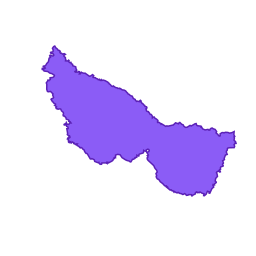 the district of Piratini, Rio Grande do Sul, Brazil, rotated 297°
{"feature_id": "56859067B24745919353096", "entity_name": "Piratini", "entity_type": "district", "adm_level": 2, "iso_a3": "BRA", "parent_name": "Brazil", "parent_adm1": "Rio Grande do Sul", "projection": "equal_earth", "projection_center": [-53.097, -31.406], "detail": "fine", "context": "isolated", "style": "filled", "palette": "violet", "viewbox_px": 256, "rotation_deg": 297, "n_neighbors": 0, "source": "geoboundaries", "source_scale": "gbopen_adm2", "svg_char_len": 5851}
<svg xmlns="http://www.w3.org/2000/svg" viewBox="0 0 256 256"><g transform="rotate(297 128 128)"><path d="M166.8,24.8L164.7,24.5L163.6,25.9L162.0,26.5L161.5,26.3L160.6,24.9L159.9,24.8L159.5,25.6L160.1,27.8L159.3,28.8L158.8,28.8L158.2,28.5L157.7,27.5L157.6,25.6L156.8,25.4L155.8,26.8L154.4,26.0L150.9,27.0L148.5,26.3L146.9,26.3L145.5,25.7L144.7,24.5L143.9,24.7L144.0,25.5L144.5,26.1L143.8,27.1L142.5,26.2L142.0,24.6L141.2,25.0L141.4,26.4L140.7,27.2L140.8,27.8L141.9,30.9L141.4,33.4L141.9,35.5L141.6,38.3L141.2,38.7L139.8,38.6L138.8,37.9L137.5,35.9L137.1,35.7L136.5,36.6L135.9,36.8L134.9,35.9L134.4,36.0L134.3,34.9L132.8,35.1L132.1,34.8L131.1,34.7L130.1,35.8L125.6,38.0L124.1,39.5L124.0,40.4L125.4,42.4L124.3,45.7L123.2,45.9L121.5,47.8L120.3,47.6L119.2,46.5L118.6,46.4L117.1,48.8L117.1,49.6L116.5,50.5L116.4,52.6L115.2,53.0L114.9,52.6L114.4,54.7L113.3,54.5L112.7,55.5L113.1,56.5L112.9,57.1L114.1,58.5L114.3,59.5L113.1,60.9L112.5,63.3L111.3,64.1L110.1,64.2L109.4,65.0L109.8,65.6L109.1,67.9L107.9,68.9L108.2,71.3L107.9,72.0L107.0,72.2L107.3,73.6L106.6,74.9L106.0,73.8L104.3,73.6L103.7,72.1L104.8,70.6L104.2,70.7L102.2,69.4L101.8,69.7L101.9,70.3L102.8,71.5L101.6,72.6L101.7,73.8L100.9,74.7L100.3,74.9L99.6,73.8L95.7,76.7L94.6,76.9L94.1,78.7L94.5,79.4L93.5,80.5L92.8,80.4L92.7,79.5L92.0,79.6L91.7,78.9L90.7,79.0L90.9,79.9L89.9,80.4L89.6,81.4L88.9,81.1L88.4,81.5L88.3,82.3L89.2,82.5L89.7,83.0L88.9,83.3L88.8,84.2L90.3,84.7L90.2,86.6L89.5,86.7L89.7,87.8L89.4,88.7L90.4,89.2L90.8,90.1L89.8,90.0L89.3,90.4L89.3,92.4L88.6,94.5L89.3,95.0L89.2,96.5L88.6,97.5L88.5,98.9L87.3,100.1L86.3,102.1L86.6,102.8L86.5,103.5L83.4,108.3L83.5,109.2L84.3,109.7L84.4,111.7L84.3,112.5L83.1,113.5L83.4,116.7L84.1,117.6L83.6,117.8L83.0,119.7L83.5,120.1L83.7,120.9L85.0,120.6L86.9,124.3L86.9,125.5L88.0,124.8L88.4,125.8L88.0,126.4L90.9,128.5L92.2,129.2L93.5,129.1L94.5,129.6L95.0,129.2L95.7,130.2L96.0,129.7L96.5,130.1L98.2,129.2L99.8,130.7L100.6,133.1L98.9,136.1L98.5,140.3L98.6,142.0L99.1,143.9L98.8,145.4L99.2,146.0L102.1,146.2L102.5,146.9L104.0,148.0L104.4,147.6L105.0,147.8L105.8,149.1L107.8,148.3L107.7,149.9L108.2,150.4L109.1,149.8L109.8,149.9L112.6,152.8L113.3,152.9L115.2,152.1L115.1,153.3L115.5,154.9L116.7,154.2L118.1,155.2L118.3,156.2L117.7,157.1L116.4,157.2L114.8,155.8L113.2,158.4L112.1,157.8L112.0,158.5L110.6,159.0L110.1,158.6L109.1,159.2L108.3,160.5L106.4,167.3L105.7,168.8L104.8,169.6L104.0,171.1L103.5,172.5L102.1,174.0L100.1,173.6L98.5,175.2L97.4,175.2L96.6,176.1L95.9,177.4L96.1,177.9L95.8,179.5L94.8,181.0L94.2,184.2L93.2,186.8L93.3,187.6L93.8,188.3L93.4,189.9L92.8,189.3L91.8,193.8L92.4,194.2L92.5,194.9L92.0,195.8L92.5,196.5L91.7,198.1L92.5,198.2L92.3,200.6L92.9,201.1L92.8,201.9L93.5,202.3L93.2,203.8L93.8,205.6L93.5,206.6L94.1,207.6L95.2,208.1L95.2,209.3L94.5,210.6L95.4,212.0L96.1,212.1L97.4,214.8L96.5,215.6L96.8,216.1L97.7,216.3L99.8,217.9L100.8,217.5L101.4,218.0L102.1,217.9L102.3,218.5L101.9,219.3L102.5,219.9L102.6,220.7L103.2,220.7L103.7,221.4L103.5,223.6L103.9,225.6L102.1,226.1L102.3,226.8L104.6,227.7L107.7,227.5L108.0,229.1L106.8,229.7L107.0,230.5L112.1,230.3L114.3,231.2L115.5,229.6L116.2,229.5L116.1,230.2L116.5,231.0L117.5,230.4L119.4,231.4L119.9,231.2L120.3,229.8L122.8,229.0L125.5,229.7L127.5,228.2L128.3,227.1L128.9,227.0L130.7,228.1L130.4,229.8L130.9,230.2L131.4,229.8L131.9,228.5L132.5,228.5L133.3,229.2L134.4,228.4L135.6,228.4L137.1,230.0L137.7,229.9L138.4,228.8L139.1,228.6L139.8,229.0L140.3,228.8L141.8,227.2L143.6,228.3L144.5,227.5L148.2,227.1L149.5,228.4L151.1,226.6L152.1,226.2L153.3,226.5L154.9,225.9L155.5,226.1L156.5,227.4L158.7,231.5L160.0,231.4L161.5,230.0L162.3,230.4L163.0,230.2L163.4,231.2L164.6,230.1L165.3,228.0L167.3,227.4L168.2,226.5L168.9,227.0L170.2,225.3L173.0,224.2L170.9,222.6L169.8,221.1L169.4,220.6L169.5,219.6L169.0,217.9L168.6,217.6L168.4,216.7L167.2,215.7L167.1,214.7L166.5,213.8L164.6,212.7L163.1,213.6L162.5,213.5L162.3,212.3L163.1,210.9L163.6,208.7L165.1,208.6L166.3,206.2L166.0,204.4L166.2,203.0L165.5,202.2L164.0,201.6L163.2,201.8L162.8,200.9L163.1,199.9L161.3,197.6L161.1,195.1L161.8,193.9L161.8,192.8L162.6,192.8L162.8,192.2L161.5,188.7L161.8,187.8L162.9,186.7L162.2,185.8L158.5,183.4L158.5,182.1L155.5,180.3L154.7,179.0L154.8,177.3L155.9,175.6L155.7,174.2L156.5,171.7L156.1,171.2L154.7,171.1L154.2,168.0L151.3,167.0L147.7,162.7L147.6,161.7L146.6,160.9L147.0,155.9L146.4,155.7L146.8,155.1L147.1,153.0L146.4,152.0L146.7,151.5L148.1,151.4L148.5,150.8L148.9,149.1L149.0,147.4L149.7,146.3L149.0,145.4L148.2,145.1L149.6,144.3L150.4,143.0L150.6,142.4L150.2,141.6L151.2,140.1L151.3,139.4L151.9,138.8L151.5,137.7L151.6,136.8L153.2,135.3L153.7,135.8L154.9,135.5L155.3,134.9L154.9,133.4L155.7,132.6L155.7,131.7L156.4,130.2L156.3,129.4L157.5,127.6L158.2,127.1L158.3,126.4L157.5,126.1L156.8,126.5L156.1,123.9L155.6,123.6L156.1,122.0L156.7,121.5L156.7,119.4L158.3,117.3L158.1,116.7L158.1,114.8L158.5,113.8L158.3,112.8L159.0,111.7L159.1,111.0L160.0,109.0L160.0,107.2L159.4,105.8L159.4,104.7L159.7,103.8L159.3,103.1L159.7,102.6L158.6,101.0L158.9,100.3L158.4,98.6L158.8,95.8L158.2,95.8L157.9,95.0L157.9,94.2L158.7,92.5L158.8,91.2L159.3,90.7L159.4,89.7L159.7,89.3L159.8,86.1L159.4,84.0L158.6,83.3L159.0,82.2L158.0,82.2L157.8,81.4L158.4,80.4L157.8,80.1L157.5,79.5L157.9,78.7L157.7,77.1L158.0,76.0L157.2,73.9L157.7,73.6L159.1,73.7L159.5,72.2L157.3,71.0L156.6,70.1L157.4,64.8L156.8,64.0L156.4,62.1L156.5,61.1L154.6,60.9L154.1,60.1L155.4,60.0L156.2,59.2L155.9,58.3L155.2,58.2L153.9,55.8L154.1,55.1L154.7,55.2L155.7,56.1L156.3,56.1L157.2,54.8L158.8,53.6L158.4,50.5L159.6,49.7L159.6,48.1L160.6,47.4L159.8,46.1L160.3,45.0L161.3,44.9L161.5,44.3L160.3,43.8L159.5,41.8L160.8,41.5L161.3,40.8L162.4,40.2L162.7,38.6L163.6,37.9L165.2,38.8L165.3,37.4L164.1,36.1L164.5,34.7L164.0,33.9L164.7,32.8L165.6,32.8L165.9,31.5L165.5,30.7L166.3,29.2L166.7,27.2L167.8,25.5L166.8,24.8Z" fill="#8b5cf6" stroke="#5b21b6" stroke-width="1.5"/></g></svg>